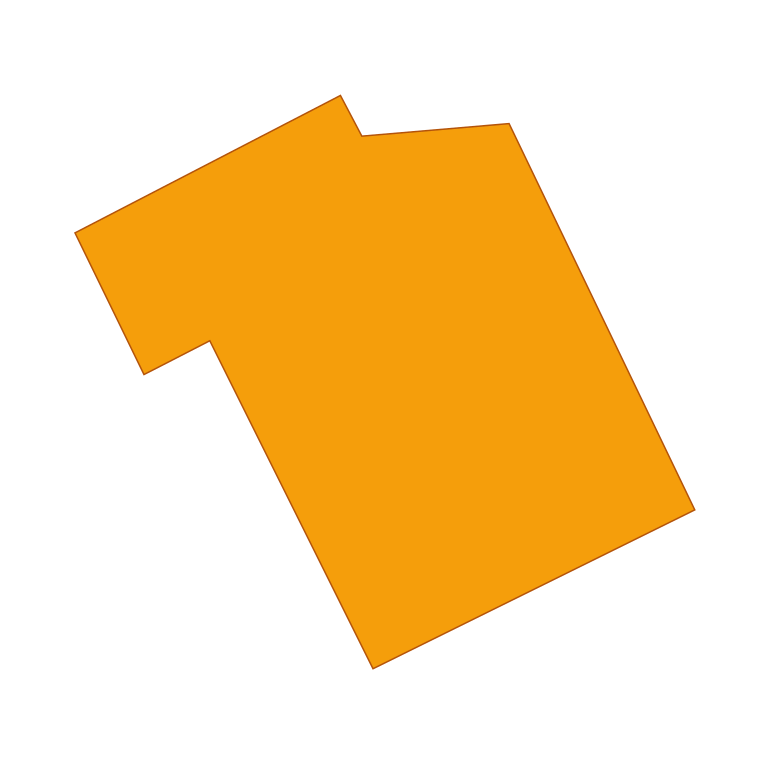 Comanche, Texas, United States of America (Robinson projection), rotated 184°
{"feature_id": "52423323B96574112762437", "entity_name": "Comanche", "entity_type": "district", "adm_level": 2, "iso_a3": "USA", "parent_name": "United States of America", "parent_adm1": "Texas", "projection": "robinson", "projection_center": [-98.411, 31.973], "detail": "fine", "context": "isolated", "style": "filled", "palette": "amber", "viewbox_px": 768, "rotation_deg": 184, "n_neighbors": 0, "source": "geoboundaries", "source_scale": "gbopen_adm2", "svg_char_len": 301}
<svg xmlns="http://www.w3.org/2000/svg" viewBox="0 0 768 768"><g transform="rotate(184 384 384)"><path d="M659.7,438.5L624.1,376.7L607.5,386.7L560.8,415.0L375.1,99.2L65.2,280.1L277.4,652.5L423.4,629.7L447.6,668.8L702.8,513.2L659.7,438.5Z" fill="#f59e0b" stroke="#b45309" stroke-width="1.5"/></g></svg>